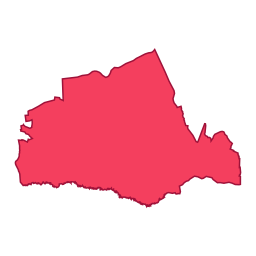 Cetariu, Bihor, Romania
{"feature_id": "2599482B19463372826747", "entity_name": "Cetariu", "entity_type": "district", "adm_level": 2, "iso_a3": "ROU", "parent_name": "Romania", "parent_adm1": "Bihor", "projection": "mercator", "projection_center": [22.043, 47.156], "detail": "fine", "context": "isolated", "style": "filled", "palette": "rose", "viewbox_px": 256, "rotation_deg": 0, "n_neighbors": 0, "source": "geoboundaries", "source_scale": "gbopen_adm2", "svg_char_len": 5851}
<svg xmlns="http://www.w3.org/2000/svg" viewBox="0 0 256 256"><path d="M240.4,184.4L240.4,176.4L240.0,175.9L239.3,176.0L239.5,174.9L240.3,174.3L240.6,172.5L240.1,167.3L239.4,167.5L239.7,158.7L239.1,158.7L239.0,156.5L238.6,156.5L238.5,155.2L238.0,154.8L238.0,153.1L233.5,151.1L233.7,150.5L230.2,149.0L230.9,147.7L230.9,146.5L232.3,143.5L231.0,142.2L230.2,141.8L227.5,138.0L226.8,135.9L224.8,134.4L224.6,133.4L223.8,131.9L222.2,131.4L220.4,131.7L214.9,134.3L213.5,136.3L213.0,138.1L211.1,140.9L211.0,139.4L210.6,138.2L209.6,137.5L207.8,137.5L207.4,136.5L205.5,135.6L204.5,133.9L205.0,132.8L205.7,125.7L205.4,123.8L204.7,123.7L198.0,141.5L197.6,142.2L196.1,141.6L192.9,135.4L187.9,128.8L187.6,127.5L187.9,125.8L185.7,125.5L185.1,123.3L184.6,122.2L184.4,120.6L183.8,119.8L184.2,119.0L184.1,118.5L183.0,117.1L182.7,115.7L182.6,115.3L183.0,114.6L182.9,114.3L183.1,113.4L182.6,112.7L182.6,111.6L182.2,111.4L182.1,110.9L181.6,110.3L181.3,108.8L181.5,108.4L181.0,106.3L177.2,107.5L176.9,106.5L174.1,102.9L173.4,100.8L173.0,98.7L174.5,93.4L174.0,90.6L169.1,81.3L165.2,72.2L154.7,49.5L153.6,50.9L152.4,52.0L151.2,52.5L148.4,52.9L145.1,54.0L136.4,58.4L133.4,60.6L125.9,63.6L120.5,66.9L118.2,67.8L114.4,67.5L111.2,70.4L110.3,73.2L108.8,75.7L108.0,76.5L105.8,77.4L102.5,75.4L100.6,73.3L99.3,72.3L96.8,71.3L94.7,71.1L92.4,71.6L89.4,74.0L87.8,74.8L82.2,75.5L77.5,77.1L62.4,78.9L63.2,100.5L60.3,99.2L59.8,98.8L59.5,97.7L54.9,97.1L54.4,100.0L44.5,102.6L38.4,106.3L31.9,109.8L29.6,110.4L28.1,111.3L28.3,115.2L25.2,115.4L26.0,121.4L29.8,120.8L31.9,119.8L32.2,121.8L32.2,124.0L31.7,126.7L31.7,127.4L29.9,128.3L25.0,126.4L24.3,125.6L23.6,125.2L23.5,124.7L23.1,125.2L21.0,125.9L21.5,129.3L20.6,129.6L20.8,130.2L20.8,131.0L24.8,132.0L25.9,133.7L28.6,134.5L29.7,136.1L32.3,138.5L29.0,139.8L28.3,139.3L27.4,142.0L23.2,140.0L22.0,139.8L22.0,140.4L18.5,140.1L19.6,145.7L19.6,149.0L19.8,150.4L19.5,151.7L19.6,152.9L19.2,154.0L19.2,156.2L18.3,158.4L17.3,160.0L15.7,161.4L15.4,162.4L15.5,163.9L16.0,165.2L18.4,169.9L18.5,170.9L19.2,172.2L19.8,174.1L20.4,182.1L23.2,185.5L24.0,185.1L24.3,185.4L25.1,185.1L25.7,185.5L26.1,185.0L27.1,185.6L27.9,184.9L27.9,184.5L28.7,184.5L28.8,183.8L29.2,183.7L31.0,184.6L31.2,184.2L30.9,183.9L31.2,183.4L32.3,182.6L33.5,183.3L33.7,182.7L34.6,183.2L35.6,182.6L36.4,183.6L37.4,183.8L37.8,183.0L38.6,182.9L38.7,183.6L39.8,183.6L40.6,184.7L41.0,184.8L42.3,183.4L42.8,182.2L43.3,182.0L43.8,182.5L44.1,183.3L45.1,183.8L46.2,182.8L46.0,182.3L46.7,182.1L47.2,183.0L47.8,182.6L49.0,183.2L49.5,182.8L50.3,182.8L50.0,183.3L50.4,183.5L50.2,183.9L50.7,183.9L50.9,184.4L51.5,184.2L52.7,184.9L52.7,186.1L53.2,186.6L53.6,186.5L54.0,186.9L54.2,186.2L54.5,186.2L55.0,186.7L56.4,187.1L56.6,187.6L58.5,186.8L59.2,185.6L59.3,184.0L61.8,183.7L62.5,184.4L63.6,184.2L63.9,184.0L64.0,183.2L64.4,183.1L64.5,183.4L65.3,183.2L66.3,182.4L66.9,182.5L67.3,181.9L67.9,182.4L68.5,181.9L69.2,182.4L70.4,182.6L70.8,183.0L70.6,182.1L71.2,182.4L71.5,181.7L73.6,181.9L74.1,182.4L74.7,182.0L74.8,182.7L75.3,182.3L75.4,182.8L76.2,182.8L76.3,183.2L75.9,183.5L76.0,183.8L77.6,184.5L77.9,185.2L77.5,185.5L77.7,186.0L78.0,185.6L78.6,185.6L78.8,186.1L79.1,185.5L79.8,185.5L79.8,186.1L79.3,186.4L80.1,186.7L80.2,186.2L80.8,185.9L81.3,186.4L82.1,186.2L82.4,185.6L82.6,186.1L83.3,186.3L83.4,186.9L84.2,187.7L85.1,186.9L86.0,188.1L87.7,187.7L88.2,188.0L89.0,187.4L89.5,188.7L90.3,187.5L90.6,187.3L91.0,188.1L92.2,187.9L92.3,188.7L93.4,187.9L94.1,188.2L93.7,188.6L93.8,189.0L94.4,188.7L94.9,189.0L95.6,188.5L95.9,189.1L96.2,189.2L96.9,189.0L97.0,188.2L97.5,188.2L97.9,187.5L99.0,187.4L99.1,188.0L100.3,187.6L101.0,188.2L100.1,189.5L100.2,189.9L100.9,189.6L101.0,189.1L101.8,189.5L101.8,189.1L102.2,189.1L102.7,189.9L103.7,189.9L104.8,189.3L106.7,190.0L106.9,189.3L107.4,189.2L107.6,188.5L108.2,188.5L107.9,189.1L108.9,189.6L109.2,189.5L109.2,188.9L109.9,188.7L110.5,189.0L111.3,188.2L111.3,189.2L112.0,189.7L113.5,189.1L113.5,189.7L113.1,190.4L114.4,191.0L114.6,191.9L115.0,192.1L115.8,191.1L116.2,191.1L116.0,191.8L116.1,192.7L116.6,192.7L116.8,192.2L117.4,192.1L117.6,192.5L117.4,192.7L118.2,193.0L118.4,194.7L119.2,194.4L120.0,195.0L119.5,195.2L120.1,195.8L119.5,195.9L119.2,197.1L119.5,197.5L119.8,197.2L120.2,197.4L120.5,196.5L121.0,196.6L121.6,197.5L122.3,197.3L122.4,197.8L123.2,197.1L125.3,197.2L125.7,197.6L126.1,197.4L127.0,198.1L127.9,197.6L128.5,198.4L130.0,197.3L130.2,198.2L130.8,198.9L131.1,198.2L131.7,198.5L131.7,199.0L132.0,198.6L133.0,198.4L133.5,199.4L133.9,198.6L134.2,198.6L134.5,198.9L134.2,199.4L134.3,200.2L135.1,199.3L135.3,199.7L135.0,200.2L135.6,200.1L135.7,200.4L135.5,200.8L135.7,201.0L136.5,200.9L137.0,201.6L137.9,202.2L138.5,202.1L139.0,202.7L139.6,201.9L140.1,202.0L140.3,202.5L139.9,202.9L140.6,203.1L140.5,203.8L140.8,204.0L140.9,203.4L141.4,203.2L141.8,203.5L142.0,204.3L142.7,204.6L143.0,203.7L144.6,204.3L145.4,204.2L146.0,205.3L146.4,205.2L146.2,205.5L146.7,206.5L147.2,205.3L147.8,205.2L148.1,205.5L148.0,205.8L147.7,206.2L148.6,206.3L148.4,206.0L148.6,205.5L149.3,204.9L149.6,205.2L149.3,205.5L150.5,205.9L150.4,205.2L150.9,204.8L150.8,204.4L151.4,204.4L151.3,204.1L152.2,203.4L153.3,203.7L154.4,203.1L154.5,203.3L154.1,203.6L154.3,203.8L155.2,203.6L156.5,202.8L157.2,202.9L158.3,202.1L158.7,201.0L159.2,200.4L159.1,199.2L159.4,198.7L159.9,199.6L160.5,199.2L160.7,199.6L163.5,198.0L163.3,197.4L164.2,197.2L163.7,196.7L164.4,195.9L164.1,195.5L164.1,195.2L164.5,195.2L164.3,194.7L164.8,194.2L165.3,194.3L165.9,193.7L166.5,193.6L167.0,192.9L168.7,192.6L172.5,193.3L175.1,192.7L175.3,193.3L176.1,194.0L177.5,193.8L177.8,193.6L179.8,193.7L180.4,191.7L179.4,186.1L182.5,184.7L184.1,182.8L186.2,181.3L188.5,180.6L190.0,179.0L194.5,176.2L197.9,176.8L201.7,178.7L203.3,178.3L206.2,176.4L211.9,177.7L213.1,179.5L217.4,182.7L220.1,182.6L223.9,183.2L229.0,182.3L232.0,183.1L235.2,184.5L239.1,184.7L240.4,184.4Z" fill="#f43f5e" stroke="#9f1239" stroke-width="1.5"/></svg>